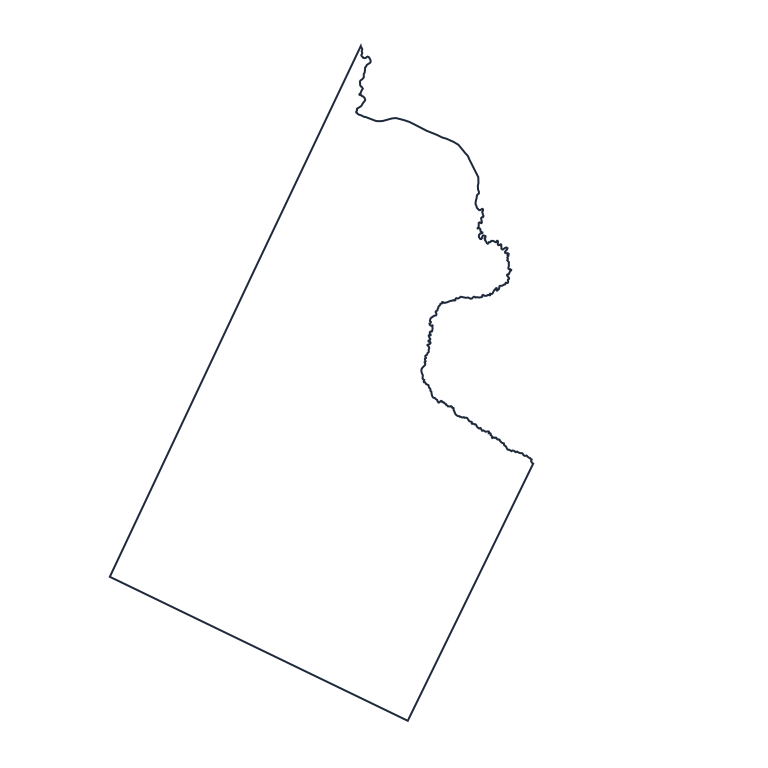 Puelén, La Pampa, Argentina, rotated 206°
{"feature_id": "61730980B41536985277959", "entity_name": "Puelén", "entity_type": "district", "adm_level": 2, "iso_a3": "ARG", "parent_name": "Argentina", "parent_adm1": "La Pampa", "projection": "mercator", "projection_center": [-67.772, -37.589], "detail": "fine", "context": "isolated", "style": "outline", "palette": "slate", "viewbox_px": 768, "rotation_deg": 206, "n_neighbors": 0, "source": "geoboundaries", "source_scale": "gbopen_adm2", "svg_char_len": 6164}
<svg xmlns="http://www.w3.org/2000/svg" viewBox="0 0 768 768"><g transform="rotate(206 384 384)"><path d="M553.0,677.5L550.4,423.8L545.9,90.5L215.0,91.7L215.0,377.8L215.8,377.8L217.9,379.0L218.2,380.9L219.4,380.9L220.4,381.5L221.1,381.3L222.7,381.5L224.5,382.2L225.9,381.1L227.4,381.2L229.2,382.4L231.6,381.5L233.4,381.4L234.8,381.6L235.6,380.5L236.4,380.5L237.2,380.9L237.9,380.9L239.5,380.5L240.0,379.5L242.7,379.8L243.7,379.2L244.8,379.6L247.2,381.4L249.1,381.6L250.3,383.2L251.6,382.8L253.1,383.0L253.7,383.4L254.9,383.7L255.4,384.4L255.9,384.6L256.5,384.6L257.1,384.0L257.8,383.9L258.7,384.2L259.2,384.8L259.5,384.9L260.1,384.5L260.8,384.6L261.0,384.5L261.3,383.9L262.2,383.9L263.0,382.9L263.5,383.2L263.5,383.8L264.4,384.5L265.9,384.9L266.1,385.8L266.5,386.2L267.2,386.3L268.2,385.7L268.6,387.0L268.9,387.1L269.3,387.2L271.9,385.6L274.2,385.9L275.3,385.0L277.8,386.7L278.2,386.7L278.4,386.0L279.0,385.7L280.2,386.0L280.6,385.9L281.7,386.4L283.1,387.5L284.0,387.9L284.6,387.4L285.9,387.6L287.5,386.8L287.9,387.0L288.2,388.1L288.6,388.4L290.9,387.9L294.4,389.9L295.2,389.8L296.9,388.9L297.6,389.2L298.9,388.2L300.9,388.1L301.4,387.8L301.9,388.1L303.4,387.6L305.1,387.7L306.9,388.4L307.2,388.8L308.4,389.7L308.6,390.2L309.9,390.9L310.8,392.8L311.1,392.9L312.1,392.5L313.0,393.3L313.6,393.1L314.2,393.4L314.7,392.8L316.8,391.9L317.5,392.4L319.3,392.6L319.8,393.3L321.3,393.1L321.7,393.5L322.4,393.8L323.6,393.2L324.3,393.9L325.1,394.0L325.6,393.4L326.1,392.0L326.8,391.2L328.2,391.9L329.2,393.0L331.1,393.2L332.1,393.7L333.7,393.3L335.2,394.1L336.8,395.9L338.2,398.0L339.2,398.2L340.3,400.0L342.0,400.6L343.6,402.5L346.1,402.4L347.7,403.5L348.7,403.1L349.5,403.7L349.6,405.3L351.2,405.5L351.8,405.9L352.8,408.7L355.3,410.9L356.4,412.6L356.8,413.9L356.6,415.6L355.4,419.1L355.8,420.4L356.8,421.0L357.1,421.4L356.5,422.5L356.8,422.9L357.6,423.5L358.2,424.3L358.2,424.8L357.7,425.5L357.8,426.1L358.7,426.4L359.2,427.3L359.0,428.0L358.2,429.0L358.4,431.0L357.9,432.0L357.9,432.5L359.0,434.7L359.0,435.9L360.2,437.3L361.9,437.8L362.1,438.2L360.3,440.2L360.1,441.2L360.8,442.0L362.4,441.6L362.7,441.8L363.0,442.5L361.9,444.0L361.9,444.4L362.4,445.0L363.3,445.3L364.2,446.4L364.8,446.7L365.0,447.2L363.5,448.2L363.5,448.4L363.8,449.0L364.9,449.1L365.5,450.7L365.4,451.4L365.0,451.7L364.7,451.6L364.0,452.1L364.0,453.0L364.7,455.3L365.5,456.4L366.0,457.9L366.4,457.9L367.3,457.0L368.2,457.0L368.9,457.3L369.5,457.9L369.6,458.3L368.9,459.5L369.0,460.3L370.5,460.9L370.9,463.4L370.5,464.4L368.8,467.4L367.3,468.5L367.3,469.3L367.9,470.4L369.1,471.2L369.3,471.9L369.0,472.6L368.3,473.4L368.3,474.0L368.7,475.1L368.5,476.1L368.9,477.1L368.9,478.0L368.3,479.1L368.4,480.9L367.3,481.7L367.1,482.4L367.6,483.0L367.4,483.3L366.3,483.5L365.6,483.2L364.9,483.6L362.9,485.3L360.6,488.0L359.6,488.4L358.6,489.7L357.7,489.7L356.9,490.2L356.6,490.5L357.1,491.4L357.0,492.3L356.4,493.0L355.5,493.0L354.2,494.0L353.4,496.0L348.1,497.4L346.3,498.6L343.6,498.6L342.5,499.3L341.6,501.7L340.8,502.1L339.5,501.9L338.5,502.8L336.4,503.4L334.2,505.0L334.0,505.7L334.5,506.6L334.1,507.5L332.2,507.4L331.8,507.6L330.4,508.3L329.7,509.5L329.3,509.8L327.9,510.0L327.6,510.3L328.3,511.2L328.3,511.6L328.0,511.8L327.4,511.8L326.4,512.4L326.1,513.4L326.1,516.0L325.9,517.1L325.0,517.8L324.9,518.1L325.0,518.4L325.5,518.6L325.5,518.9L325.0,519.5L324.6,519.5L323.7,517.7L323.3,517.5L322.3,519.8L322.7,521.5L323.1,522.3L323.0,522.6L322.8,523.0L320.7,524.3L319.7,526.0L318.7,526.7L319.0,527.8L318.8,528.5L317.6,528.7L317.0,529.5L317.3,530.5L318.3,531.7L318.3,532.4L317.9,532.7L317.7,533.4L318.2,534.2L320.7,535.3L321.2,535.8L321.2,536.5L320.0,537.2L319.9,537.6L320.2,538.4L319.9,539.1L320.2,540.5L320.1,541.1L319.6,541.6L319.6,542.3L320.7,542.6L322.1,541.9L323.1,542.7L323.7,545.4L324.7,546.8L324.8,547.7L325.2,548.3L327.5,549.2L327.4,550.5L327.8,551.1L328.6,551.6L328.4,553.4L329.0,553.4L329.5,553.9L329.6,554.5L328.8,555.0L329.1,555.7L330.1,555.8L331.5,555.1L332.6,555.0L333.2,555.8L332.9,556.5L332.9,557.4L332.4,558.7L332.5,560.2L333.8,560.4L334.8,559.5L336.1,557.0L337.0,556.8L337.9,557.2L338.2,558.1L339.2,559.4L339.3,560.1L339.8,560.7L340.5,560.7L341.0,559.7L341.7,559.0L342.5,559.0L343.2,559.8L344.0,562.1L344.7,562.5L345.1,562.4L345.3,562.0L345.0,561.1L345.7,560.4L348.8,560.5L349.6,559.8L350.3,559.7L350.7,558.1L351.8,557.6L351.9,556.2L352.2,555.6L353.3,555.6L354.5,556.7L356.1,557.4L356.4,558.4L357.4,558.7L357.6,559.3L357.1,560.3L357.6,561.4L359.5,561.3L360.3,560.6L360.2,559.1L359.9,558.2L360.1,556.9L361.0,556.5L362.7,557.4L363.3,558.0L363.9,559.6L363.4,561.7L361.9,562.6L361.8,563.1L362.0,563.4L362.8,563.3L364.6,564.0L365.1,565.2L366.1,565.8L367.0,565.7L367.8,564.9L368.2,565.1L367.8,566.8L369.5,570.4L369.0,571.1L368.5,571.3L367.3,571.1L366.9,571.3L367.0,572.5L369.2,575.2L369.4,576.1L369.0,576.9L368.2,577.3L368.2,578.6L369.4,579.6L369.8,580.3L371.1,581.5L371.2,582.2L371.0,582.8L371.1,583.5L371.6,584.4L372.5,584.5L373.9,582.3L374.8,582.0L377.8,583.1L379.0,584.6L380.3,585.5L381.3,587.3L381.5,588.5L381.9,589.4L382.1,591.1L382.9,593.5L383.1,594.8L382.8,595.8L382.3,596.4L382.4,597.3L383.0,598.4L384.9,600.2L385.6,601.8L386.4,602.8L387.2,606.0L389.9,611.2L405.9,623.4L408.5,625.7L412.3,627.2L421.9,631.6L427.5,632.1L435.7,631.8L439.5,631.1L445.8,631.1L456.5,630.3L476.0,630.7L481.9,629.9L489.8,628.3L493.1,626.3L500.4,619.9L502.9,618.4L506.3,616.9L517.6,615.9L518.9,615.4L521.8,615.5L524.6,615.1L526.6,615.4L527.4,616.1L528.0,615.9L528.4,616.7L528.2,618.4L528.9,619.2L528.9,619.7L526.5,623.4L526.2,624.7L526.1,627.0L525.3,630.7L525.4,631.1L526.6,632.4L527.4,632.8L528.8,633.3L529.9,633.1L531.0,633.7L532.1,633.1L533.0,633.3L533.1,634.1L532.5,635.3L532.8,637.9L532.5,640.2L534.2,641.2L535.4,641.4L536.0,641.8L536.7,642.5L537.4,644.0L538.2,645.2L538.2,646.4L537.0,648.8L536.6,650.9L537.9,653.3L538.1,654.2L537.9,655.3L538.8,658.1L539.7,660.1L539.3,661.4L539.3,663.3L537.3,666.6L537.2,667.3L537.5,668.4L538.8,669.8L540.9,671.1L541.6,671.1L542.2,671.1L542.8,670.4L543.1,669.5L544.1,668.4L546.0,668.1L546.6,668.7L547.5,668.8L548.3,669.3L548.6,669.8L548.5,670.8L548.7,672.1L550.0,673.5L550.1,674.8L550.6,675.8L552.6,677.0L553.0,677.5Z" fill="none" stroke="#1e293b" stroke-width="2"/></g></svg>